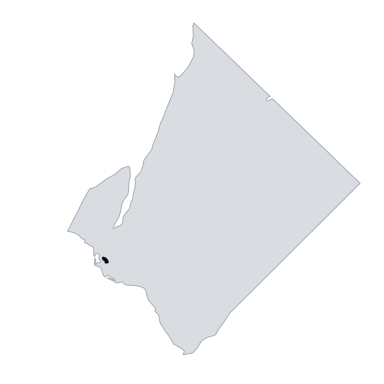 Dikirnis, Ad Daqahliyah, Egypt shown in context, rotated 224°
{"feature_id": "37247803B48136170412055", "entity_name": "Dikirnis", "entity_type": "district", "adm_level": 2, "iso_a3": "EGY", "parent_name": "Egypt", "parent_adm1": "Ad Daqahliyah", "projection": "equal_earth", "projection_center": [31.667, 31.093], "detail": "fine", "context": "in_parent", "style": "filled", "palette": "ink", "viewbox_px": 384, "rotation_deg": 224, "n_neighbors": 0, "source": "geoboundaries", "source_scale": "gbopen_adm2", "svg_char_len": 4516}
<svg xmlns="http://www.w3.org/2000/svg" viewBox="0 0 384 384"><g transform="rotate(224 192 192)"><path d="M307.9,314.9L301.5,314.9L295.1,314.9L288.8,314.9L282.4,314.9L276.0,314.9L269.7,315.0L263.3,315.0L257.0,315.0L250.6,315.0L244.2,315.0L237.9,315.0L231.5,315.0L225.1,315.0L218.8,315.0L212.4,315.0L206.0,315.0L202.4,315.0L203.0,312.7L203.4,311.0L203.0,309.9L201.8,309.6L200.9,310.0L199.0,314.8L198.0,315.0L195.8,315.0L188.4,315.0L181.0,315.0L173.6,315.0L166.1,315.0L158.7,315.0L151.3,315.0L143.9,315.0L136.5,315.0L129.1,315.0L121.7,315.0L114.3,315.0L106.9,315.0L99.5,315.0L92.1,315.0L84.6,315.0L77.2,315.0L77.3,309.1L77.4,303.3L77.5,297.5L77.6,291.6L77.7,285.8L77.8,280.0L77.9,274.2L78.0,268.4L78.1,262.6L78.2,256.8L78.3,251.0L78.4,245.2L78.6,239.5L78.7,233.7L78.8,227.9L78.9,222.2L79.0,216.4L79.1,210.7L79.2,204.9L79.3,199.2L79.4,193.5L79.6,187.7L79.7,182.0L79.8,176.3L79.9,170.6L80.0,164.9L80.1,159.2L80.3,153.5L80.4,147.9L80.5,142.2L80.6,136.5L80.8,130.9L80.6,129.8L79.7,126.0L78.8,121.1L77.9,115.1L77.8,113.2L76.2,107.0L76.1,105.3L76.6,104.0L79.6,98.8L80.5,96.3L81.3,93.3L81.6,90.9L80.8,87.1L79.9,83.8L79.7,80.3L79.6,77.0L81.1,74.7L82.9,72.5L83.6,71.2L84.6,69.7L85.4,69.0L86.7,72.0L89.6,72.5L99.2,69.9L109.7,72.6L115.5,73.6L124.4,75.9L129.8,80.0L131.3,80.5L135.2,80.4L137.7,82.9L148.0,84.0L153.4,86.7L156.5,88.9L158.3,89.5L160.0,89.4L162.2,88.6L165.0,87.1L168.1,85.0L174.5,79.6L176.7,78.7L178.2,78.9L179.9,78.9L180.7,77.4L181.6,76.4L182.2,75.3L183.2,73.9L186.5,73.5L193.1,71.2L192.3,72.3L186.3,74.9L188.9,75.3L191.5,74.4L194.5,73.8L195.1,72.7L195.4,70.6L196.0,70.3L198.1,70.7L204.3,73.9L205.8,74.0L210.1,72.2L211.1,71.8L212.5,72.8L215.7,76.8L214.6,76.7L211.1,73.3L210.8,75.0L208.9,78.0L211.3,79.3L213.3,79.8L214.4,81.5L215.1,83.0L217.0,82.3L218.4,80.3L217.7,79.2L217.2,78.0L217.8,78.0L219.2,78.9L223.1,82.8L224.4,83.6L226.0,83.5L229.1,82.4L230.0,82.5L234.3,81.1L234.8,82.2L235.5,83.2L238.9,82.0L244.3,82.1L248.7,80.8L253.8,77.7L254.2,77.3L254.5,78.0L255.1,80.1L256.7,85.4L258.1,89.6L259.8,95.4L260.4,97.6L260.6,99.1L263.1,105.5L264.6,110.8L265.7,115.0L267.3,121.3L267.9,123.4L266.9,124.6L264.8,128.6L262.7,141.5L259.6,151.7L259.2,158.0L258.7,160.3L257.2,163.5L255.4,166.7L252.1,165.1L246.6,159.5L243.4,154.2L240.0,150.8L236.8,146.4L235.9,143.1L236.0,141.0L234.6,136.0L233.5,133.6L229.6,128.2L228.5,125.4L227.7,124.1L226.8,122.3L225.4,115.4L223.8,111.0L222.1,112.2L222.4,114.0L220.9,116.6L220.0,119.6L220.7,122.0L223.9,125.7L224.5,127.3L225.2,130.9L225.1,135.6L225.7,137.3L228.0,140.8L228.9,142.9L229.4,144.8L230.2,146.4L232.6,149.5L236.0,155.4L239.3,159.4L241.6,161.4L242.6,163.3L242.8,168.3L242.7,170.7L244.8,175.2L245.5,177.4L247.5,179.3L248.5,181.4L249.3,184.9L250.6,195.1L252.4,197.6L257.8,211.0L262.4,219.5L264.6,225.9L268.0,233.7L274.8,250.8L278.7,256.1L280.3,259.0L283.1,261.3L286.2,264.6L283.3,264.3L282.6,264.5L281.6,265.1L281.1,267.1L280.9,268.7L281.3,277.4L282.2,281.9L284.9,290.3L286.8,292.8L287.8,294.4L289.1,295.6L295.2,298.5L298.9,304.6L307.0,312.3L307.8,314.4L307.9,314.9Z" fill="#d9dde1" stroke="#a8b0b8" stroke-width="1"/><path d="M210.5,83.5L210.4,83.5L210.4,83.4L210.4,83.2L210.5,83.1L210.5,82.9L210.5,82.7L210.4,82.5L210.4,82.4L210.2,82.4L210.1,82.5L209.9,82.5L209.7,82.6L209.4,82.6L209.2,82.4L209.3,82.3L209.3,82.2L209.2,82.2L208.9,82.0L208.8,81.8L208.8,81.7L208.7,81.7L208.6,81.8L208.4,81.9L208.2,81.9L208.3,82.0L208.3,82.3L208.2,82.4L208.0,82.2L207.9,82.2L207.9,82.3L207.7,82.4L207.7,82.5L207.6,82.8L207.6,83.0L207.4,83.2L207.2,83.0L207.0,82.7L206.9,82.7L206.7,82.7L206.6,82.8L206.4,82.8L206.4,82.7L206.2,82.6L206.1,82.4L205.9,82.5L205.8,82.4L205.7,82.3L205.7,82.2L205.7,81.9L205.7,81.6L205.7,81.4L205.5,81.2L205.4,81.3L205.2,81.3L204.8,81.3L204.7,81.3L204.6,81.5L204.5,81.8L204.4,81.8L204.2,81.9L204.2,82.0L204.1,82.3L204.0,82.5L203.9,82.5L203.7,82.7L203.8,82.8L203.8,82.7L203.8,82.8L204.0,82.8L204.3,82.9L204.3,83.0L204.2,83.2L204.0,83.3L204.2,83.5L204.3,83.6L204.5,83.7L204.8,83.6L205.1,83.5L205.3,83.7L205.3,83.8L205.4,84.0L205.4,83.9L205.4,84.0L205.5,84.0L205.8,83.9L205.9,84.1L206.0,84.1L206.0,83.9L206.2,83.7L206.3,83.7L206.5,83.5L206.5,83.4L206.8,83.5L206.9,83.4L207.0,83.4L207.0,83.5L206.9,83.6L206.8,83.8L207.0,83.9L207.2,84.0L207.3,84.2L207.5,84.2L207.6,84.3L207.6,84.6L207.5,84.8L207.5,84.7L207.8,84.4L207.7,84.4L207.7,84.2L207.8,84.1L208.0,84.0L208.3,84.0L208.4,83.9L208.3,83.7L208.5,83.6L208.6,83.8L208.8,83.9L208.9,83.6L209.0,83.5L209.3,83.5L209.5,83.6L209.8,83.5L210.0,83.5L210.0,83.4L210.3,83.5L210.5,83.5Z" fill="#0f172a" stroke="#020617" stroke-width="1.5"/></g></svg>